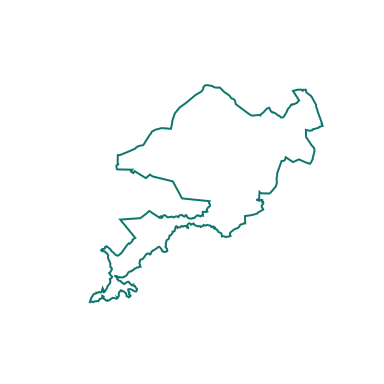 Timilpan, México, Mexico, rotated 214°
{"feature_id": "50627088B71429046090456", "entity_name": "Timilpan", "entity_type": "district", "adm_level": 2, "iso_a3": "MEX", "parent_name": "Mexico", "parent_adm1": "México", "projection": "orthographic", "projection_center": [-99.714, 19.922], "detail": "fine", "context": "isolated", "style": "outline", "palette": "teal", "viewbox_px": 384, "rotation_deg": 214, "n_neighbors": 0, "source": "geoboundaries", "source_scale": "gbopen_adm2", "svg_char_len": 5991}
<svg xmlns="http://www.w3.org/2000/svg" viewBox="0 0 384 384"><g transform="rotate(214 192 192)"><path d="M110.0,281.3L109.9,283.5L110.4,287.1L111.0,287.8L112.8,293.3L114.4,295.9L115.2,296.6L119.4,297.8L128.2,301.4L132.3,307.2L128.6,308.6L126.7,310.5L127.0,311.4L123.0,315.9L123.0,316.9L120.7,319.9L122.7,321.1L122.5,321.4L122.8,321.7L132.4,328.7L134.8,330.8L136.2,331.6L138.0,333.7L146.6,338.1L152.9,338.5L154.8,340.4L157.2,338.8L157.3,338.5L157.0,337.9L158.7,337.9L161.4,336.1L164.8,332.3L154.4,327.8L155.0,324.2L156.5,322.0L157.1,321.6L157.6,320.3L158.5,320.2L158.7,319.9L158.5,317.3L158.9,314.0L158.2,310.6L158.0,305.5L159.0,304.0L159.7,303.6L162.3,304.0L163.4,303.6L167.4,303.9L169.4,303.4L169.3,303.1L169.7,303.0L170.7,302.9L171.9,303.1L174.5,304.8L175.4,304.9L175.5,304.5L176.5,302.9L177.0,300.7L177.3,297.8L178.2,295.3L178.2,293.8L178.7,294.0L184.6,289.1L186.1,288.7L187.9,288.5L204.8,289.3L207.0,291.4L208.6,292.2L209.8,292.2L211.9,291.7L214.4,292.7L216.7,293.0L221.1,292.9L227.0,294.1L228.1,293.9L229.0,292.8L231.5,291.5L232.6,291.1L234.3,291.2L237.4,289.9L239.8,288.6L240.9,287.6L241.1,284.9L240.2,283.3L240.4,280.6L243.4,274.2L246.8,262.4L249.4,255.4L250.2,247.6L248.3,240.5L246.7,237.4L244.8,232.6L252.8,228.1L257.3,223.0L259.1,219.5L258.8,218.0L259.0,214.1L258.6,203.6L261.2,201.1L262.7,199.0L263.5,196.0L266.7,190.8L271.4,183.8L272.3,182.4L274.1,181.1L270.1,174.8L268.7,173.9L268.7,173.4L269.3,172.8L269.4,171.8L268.9,170.9L267.4,169.2L266.6,168.9L254.0,177.1L254.0,174.8L251.2,174.9L251.2,177.2L238.0,177.7L236.6,182.9L233.3,182.9L213.8,190.1L196.7,181.1L172.3,194.2L171.7,192.2L170.0,191.6L169.5,191.0L169.3,190.0L170.1,188.0L169.9,185.8L169.8,185.3L168.3,184.4L169.1,183.4L171.6,181.9L172.0,181.4L169.6,178.5L170.9,178.1L171.1,176.8L171.5,176.3L172.6,176.5L173.0,176.1L174.4,175.9L175.4,173.2L175.5,171.7L176.3,171.3L176.5,170.7L177.1,170.6L177.4,169.7L180.0,168.3L182.1,168.6L183.5,169.5L184.3,169.3L184.4,167.5L185.4,167.1L187.3,167.3L188.1,166.8L189.3,165.7L189.2,163.6L190.5,163.5L191.3,163.1L192.1,162.3L192.9,160.7L194.7,160.5L196.9,158.3L198.4,157.3L200.7,157.7L202.1,157.3L202.8,155.5L202.4,154.5L202.5,153.7L203.6,153.6L204.3,154.3L204.9,153.2L204.5,152.5L216.8,152.4L217.8,148.4L220.2,141.4L236.1,129.0L213.3,122.2L214.3,120.2L214.6,118.9L214.0,118.2L214.5,115.1L214.8,114.2L215.7,114.1L216.2,111.6L216.4,101.8L217.6,98.0L218.8,97.3L219.9,97.2L224.1,97.9L225.4,97.9L227.7,98.9L232.5,99.3L232.8,98.0L233.1,97.8L232.7,97.6L232.9,96.1L233.3,95.4L234.5,94.5L234.7,92.9L233.8,92.7L233.8,93.3L232.2,93.4L230.7,94.1L229.7,93.4L228.6,93.7L226.9,92.9L226.1,92.8L224.9,90.4L219.6,87.0L219.0,85.6L218.1,85.0L217.7,84.1L215.6,83.8L215.1,82.6L214.9,79.5L215.6,78.6L216.2,78.6L213.7,78.0L212.9,77.3L211.7,77.4L210.8,77.1L210.6,75.9L211.5,73.9L211.3,73.7L211.0,74.0L210.8,73.9L210.1,72.5L209.3,71.7L209.0,70.0L209.4,66.6L208.8,65.4L208.7,63.7L208.9,62.7L208.5,61.2L208.8,59.9L209.1,59.6L211.0,61.5L212.3,62.3L211.0,58.5L211.7,57.4L213.3,57.1L213.7,55.8L214.9,55.2L214.6,54.8L214.8,54.1L216.1,53.0L216.5,51.1L216.2,50.0L216.4,48.2L216.2,47.3L215.8,46.7L215.7,45.2L215.1,43.6L213.3,45.4L212.3,45.4L211.5,47.0L210.4,47.7L209.9,48.4L208.5,49.1L208.8,51.7L208.2,52.1L207.2,53.7L208.3,55.8L206.8,55.9L205.8,54.3L202.2,54.1L201.5,54.4L201.4,55.0L200.9,54.9L200.1,56.0L198.7,59.8L197.6,60.5L195.4,61.1L194.6,61.7L194.4,62.4L194.9,62.7L194.5,62.7L194.5,65.0L195.8,66.6L196.4,68.1L196.0,70.7L195.6,70.9L195.0,70.4L193.9,71.2L192.6,71.3L190.0,71.1L188.1,69.2L186.4,69.3L185.8,70.1L185.5,69.5L185.1,69.9L184.9,71.7L185.9,72.1L187.2,72.1L187.8,73.3L187.7,73.8L189.1,74.2L190.3,75.1L190.3,75.9L188.6,77.1L186.3,77.5L185.6,77.3L184.3,77.6L184.1,77.8L182.8,78.1L182.7,79.2L183.3,80.8L185.2,81.2L186.6,82.1L187.6,81.6L188.5,81.6L188.9,82.4L189.8,81.0L193.4,81.7L194.3,82.2L195.5,81.1L196.3,78.5L197.1,77.6L201.9,78.2L203.2,77.4L204.4,77.9L205.1,77.9L205.3,78.5L206.5,79.1L208.2,79.1L208.6,79.4L207.8,79.9L207.0,79.8L206.6,80.3L206.0,80.1L205.1,80.6L204.5,80.5L203.3,81.6L202.2,82.0L200.7,83.5L200.8,83.9L199.9,85.5L199.6,86.9L199.8,89.9L198.8,91.8L198.0,92.1L197.7,92.6L197.8,93.1L196.7,95.4L196.9,96.2L196.0,97.3L195.4,98.6L194.1,99.7L193.9,100.9L193.0,101.2L194.3,102.6L195.6,103.3L197.0,106.6L196.6,107.5L195.6,108.6L195.3,109.6L195.1,115.2L193.9,116.6L193.2,116.9L192.2,116.6L191.7,117.1L191.6,117.5L192.2,120.0L191.6,121.1L191.6,121.8L190.1,124.6L189.3,127.3L188.4,128.3L184.9,127.4L184.2,126.5L182.9,126.7L182.2,126.4L180.7,127.3L179.6,128.9L179.6,129.5L181.1,130.9L183.0,131.5L183.5,131.9L183.5,132.8L185.0,134.8L186.1,137.9L185.2,139.6L185.4,141.4L186.1,142.7L186.2,143.6L185.5,144.1L185.2,145.8L185.3,147.6L185.9,148.3L184.6,149.8L185.1,151.0L185.2,152.4L186.1,153.5L185.9,154.8L185.1,155.1L183.8,154.4L183.6,155.0L182.0,156.2L181.7,157.9L179.9,158.4L179.7,159.2L178.7,160.1L177.7,160.3L176.3,159.8L175.1,160.0L175.3,160.5L177.2,161.1L177.4,161.5L177.2,164.0L176.8,164.5L175.6,164.8L174.5,164.3L173.5,166.4L172.9,166.8L172.0,166.1L171.4,166.1L168.7,166.5L166.1,168.2L165.2,167.9L163.8,170.3L164.0,171.1L161.9,171.8L160.9,173.3L159.1,173.8L158.4,174.3L157.7,174.4L156.4,173.7L155.9,174.4L154.9,174.8L154.7,175.1L155.1,175.2L154.7,175.5L154.3,175.4L154.3,174.6L153.8,174.2L152.8,175.2L151.8,174.3L150.8,174.8L149.5,174.3L149.2,174.5L148.0,173.7L144.8,174.1L143.7,173.4L142.4,171.9L141.0,173.1L138.8,173.6L135.5,176.8L135.4,177.1L136.6,177.8L137.3,178.8L137.6,179.7L136.1,184.6L133.7,188.1L133.4,189.7L133.7,190.8L133.5,192.2L131.6,194.3L131.4,195.5L130.4,195.8L134.6,201.7L129.6,206.2L126.2,210.2L125.8,210.9L125.8,211.9L123.1,217.3L126.3,219.0L126.6,220.5L126.4,221.9L126.8,222.9L127.6,223.6L128.3,223.0L129.4,224.6L130.1,224.3L131.1,222.6L133.5,221.7L133.8,222.0L132.4,223.6L136.0,229.8L135.0,229.6L133.4,229.9L126.8,234.2L126.1,238.2L125.7,243.3L126.0,244.9L126.9,247.3L129.6,250.7L130.5,253.1L131.9,255.3L135.1,267.9L133.5,268.9L133.0,270.0L133.0,271.0L133.7,273.2L125.0,273.3L123.0,276.4L121.7,278.8L114.4,280.1L110.0,281.3Z" fill="none" stroke="#0f766e" stroke-width="2"/></g></svg>